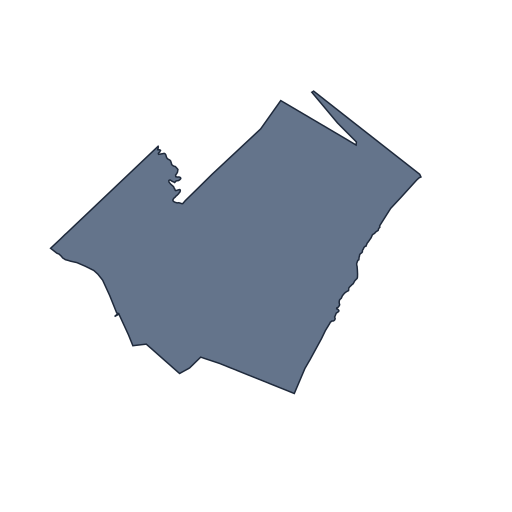 Santo Tomás Tamazulapan, Oaxaca, Mexico (Equal Earth projection), rotated 245°
{"feature_id": "50627088B4613944542165", "entity_name": "Santo Tomás Tamazulapan", "entity_type": "district", "adm_level": 2, "iso_a3": "MEX", "parent_name": "Mexico", "parent_adm1": "Oaxaca", "projection": "equal_earth", "projection_center": [-96.577, 16.24], "detail": "fine", "context": "isolated", "style": "filled", "palette": "slate", "viewbox_px": 512, "rotation_deg": 245, "n_neighbors": 0, "source": "geoboundaries", "source_scale": "gbopen_adm2", "svg_char_len": 3215}
<svg xmlns="http://www.w3.org/2000/svg" viewBox="0 0 512 512"><g transform="rotate(245 256 256)"><path d="M396.8,213.6L360.6,105.5L356.8,94.2L356.2,92.1L354.0,85.9L349.8,73.1L342.7,76.7L341.0,78.3L338.3,79.4L335.9,80.0L334.8,80.7L334.3,81.1L333.3,81.6L331.2,84.1L329.7,85.7L325.7,90.9L320.4,95.6L319.3,96.6L311.4,102.9L306.4,105.0L298.9,106.8L282.0,106.7L263.3,105.7L262.2,106.8L261.2,103.2L260.9,102.3L261.2,106.3L261.2,107.2L238.4,107.1L226.7,106.5L225.9,109.1L222.5,119.3L183.3,136.4L181.8,137.1L182.0,139.7L182.6,148.5L187.7,163.1L174.3,177.3L150.9,199.2L115.2,232.6L133.4,252.8L137.8,259.1L139.1,261.0L153.4,280.4L159.1,287.4L163.9,294.6L164.6,295.4L164.6,296.0L165.0,297.0L164.4,298.9L164.7,300.1L165.2,300.8L166.1,301.4L167.2,301.4L167.6,301.5L168.2,302.4L169.3,303.5L170.0,304.3L170.4,304.8L170.4,305.6L170.8,307.5L171.7,308.1L173.0,307.7L174.1,306.8L174.8,307.3L174.8,308.5L175.2,309.6L176.4,311.2L178.4,311.6L179.8,312.3L181.0,313.3L181.7,315.5L183.4,317.4L184.1,318.8L184.9,320.5L185.4,322.8L185.5,324.1L185.5,325.2L186.0,325.6L187.2,326.2L187.9,326.8L188.4,327.8L188.8,329.0L189.2,330.2L189.5,330.9L189.7,332.1L190.2,332.9L191.7,334.9L192.2,336.1L192.5,336.9L192.9,338.1L193.9,339.0L196.7,340.4L200.3,341.9L204.1,343.3L205.1,343.4L206.7,344.1L209.0,346.4L209.1,347.6L211.3,348.9L211.8,349.4L212.4,349.9L212.8,350.1L213.2,350.3L213.6,350.9L214.0,351.7L214.1,352.5L214.3,353.3L214.8,354.2L215.6,354.5L216.4,355.2L216.9,356.1L217.2,356.5L218.1,357.4L218.4,358.3L218.6,358.8L218.5,359.2L218.6,359.5L218.5,360.0L218.8,360.1L219.1,360.5L219.6,361.1L220.1,361.6L220.6,362.1L221.3,363.6L221.9,364.6L222.2,365.3L222.6,365.7L223.1,366.7L223.8,367.9L224.9,369.2L225.8,370.1L226.2,371.1L226.4,373.1L227.0,374.2L227.3,375.4L227.4,376.3L227.5,377.2L227.7,377.7L228.2,378.1L229.0,378.7L229.7,380.4L231.1,380.8L242.2,398.1L247.8,412.0L257.0,433.9L257.9,436.8L257.9,438.9L260.9,438.9L340.2,398.6L381.1,377.9L380.8,376.2L380.8,375.8L342.1,386.1L316.9,395.2L314.3,393.6L335.2,379.3L386.4,344.1L369.2,313.9L348.6,250.7L341.9,231.9L336.1,215.4L334.4,211.7L335.0,210.6L336.2,209.4L337.0,208.4L337.4,207.0L338.5,205.8L339.2,205.0L340.6,204.2L341.6,204.2L342.2,204.6L343.1,206.0L343.5,207.6L344.1,208.8L344.4,210.1L344.8,211.1L345.2,212.3L345.6,212.8L346.1,214.0L346.4,214.4L347.3,215.0L347.6,215.2L348.0,215.2L348.4,215.0L348.6,214.6L348.8,213.1L348.9,212.5L349.1,211.0L349.5,210.6L351.2,210.7L351.6,210.5L353.6,210.6L354.4,210.3L355.3,209.9L356.4,209.4L357.4,209.0L358.5,208.7L359.8,208.4L360.6,208.6L361.1,208.8L361.3,209.1L361.3,210.1L361.0,210.5L360.2,210.9L359.5,211.3L358.7,211.9L358.4,212.2L357.6,212.9L357.4,213.3L357.0,213.4L357.8,215.4L357.1,217.6L357.3,219.1L357.9,220.5L359.0,220.7L360.2,219.6L360.7,218.2L361.8,216.8L363.4,217.4L364.0,218.6L364.5,219.4L365.2,220.3L367.4,221.8L368.3,221.6L370.3,221.0L371.3,220.6L372.3,219.3L374.5,218.2L375.6,218.5L378.2,218.8L379.4,218.4L381.3,217.0L382.8,216.6L383.9,216.7L385.0,216.9L386.1,217.0L387.0,216.8L387.9,216.1L388.0,215.4L388.9,212.0L389.3,210.7L390.0,210.7L390.7,211.5L391.0,212.9L391.6,213.4L392.1,214.1L392.9,213.7L393.4,212.7L393.9,211.8L394.6,212.3L395.2,213.0L395.7,213.2L396.2,213.6L396.8,213.6Z" fill="#64748b" stroke="#1e293b" stroke-width="1.5"/></g></svg>